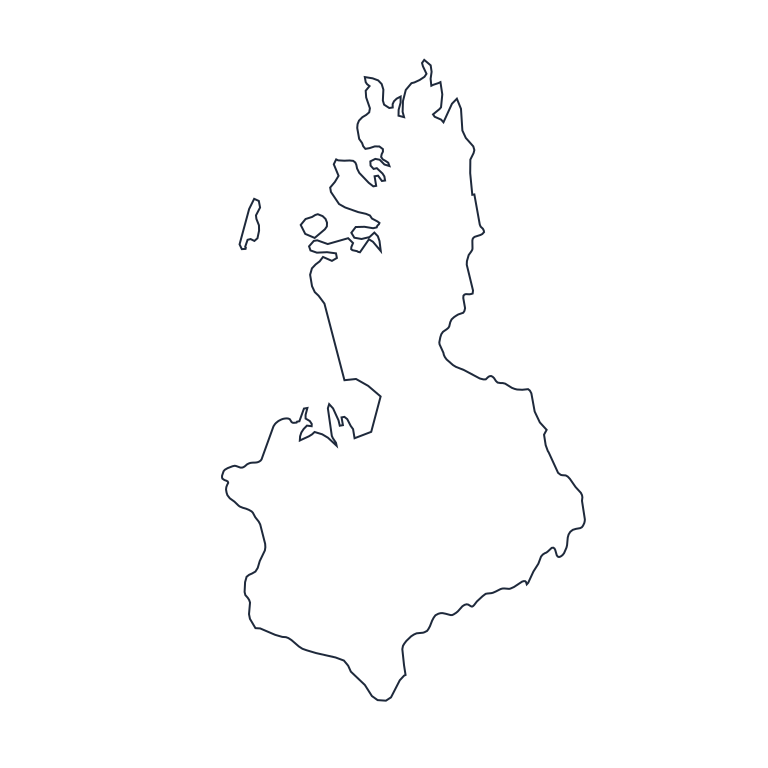 map outline of Galway (Albers equal-area conic projection), rotated 80°
{"feature_id": "IRL-713", "entity_name": "Galway", "entity_type": "County", "adm_level": 1, "iso_a3": "IRL", "parent_name": "Ireland", "parent_adm1": "", "projection": "albers", "projection_center": [-9.136, 53.343], "detail": "fine", "context": "isolated", "style": "outline", "palette": "slate", "viewbox_px": 768, "rotation_deg": 80, "n_neighbors": 0, "source": "natural_earth", "source_scale": "10m", "svg_char_len": 6141}
<svg xmlns="http://www.w3.org/2000/svg" viewBox="0 0 768 768"><g transform="rotate(80 384 384)"><path d="M406.0,476.2L406.0,473.8L394.3,467.1L394.3,463.6L400.8,466.6L404.4,467.2L407.6,463.5L410.8,462.1L413.0,462.6L411.6,467.1L414.4,471.0L417.4,473.8L420.9,475.7L425.0,476.7L422.5,467.1L421.1,463.6L419.2,460.7L422.8,453.6L427.2,448.5L436.6,441.4L433.6,441.5L428.4,443.8L426.0,444.4L398.2,443.5L394.3,441.5L399.2,438.4L411.9,435.1L417.4,434.8L417.4,431.6L409.5,431.6L409.5,428.7L412.2,426.3L419.4,424.1L423.1,422.3L432.3,422.4L428.9,404.9L395.7,389.5L383.1,399.9L374.2,410.7L373.4,422.3L294.5,428.7L285.7,433.1L281.5,436.2L275.2,437.9L263.6,437.8L257.6,434.9L254.4,430.6L252.0,426.0L248.3,422.0L253.7,413.9L251.7,408.5L247.0,408.6L244.3,417.2L243.0,427.3L239.7,433.2L235.4,433.9L230.9,428.3L230.9,424.8L236.4,415.1L234.2,394.0L239.8,390.0L243.5,392.4L245.5,392.9L246.7,391.9L248.5,387.5L249.4,386.5L250.1,384.8L238.9,373.7L242.0,370.2L252.5,364.1L242.4,363.6L237.4,364.4L233.2,367.2L236.8,372.8L237.3,380.9L234.8,387.8L229.4,389.9L224.5,384.6L225.8,375.9L228.7,367.7L228.5,364.0L226.9,363.0L225.8,361.3L224.6,360.5L222.8,362.2L219.0,367.1L215.6,368.6L213.3,372.2L210.2,379.6L203.4,391.6L199.0,397.0L185.7,402.9L181.2,402.9L176.5,397.3L171.1,392.6L158.9,395.3L154.5,392.1L155.8,390.3L157.2,384.4L157.9,379.1L158.9,375.6L160.9,373.8L163.3,373.2L167.1,373.1L171.8,371.7L183.2,364.1L187.5,360.2L187.5,357.3L177.8,357.2L177.8,353.7L183.7,350.8L183.8,347.6L179.6,347.6L176.5,348.9L170.2,353.6L170.4,356.9L166.6,359.3L162.4,358.8L160.8,353.5L162.4,349.3L167.9,345.5L170.3,340.8L166.8,341.4L164.6,343.7L162.6,346.2L159.9,347.4L157.3,346.4L155.0,344.7L152.5,344.3L149.3,347.3L148.4,351.8L149.2,357.2L149.2,361.5L146.2,363.2L143.0,363.7L138.3,365.9L127.2,365.9L123.5,364.9L120.3,362.9L117.5,359.0L115.9,354.8L113.9,351.4L110.0,350.0L98.7,351.8L92.0,351.1L88.1,346.5L85.8,348.6L83.6,349.6L78.4,349.6L81.0,342.1L84.0,337.0L88.2,334.2L94.0,333.5L104.6,335.9L108.9,335.4L113.1,330.9L113.2,327.4L109.9,326.9L107.3,325.1L105.2,322.0L103.8,317.7L109.8,318.8L116.6,322.0L122.3,323.1L124.7,317.9L119.2,318.4L108.7,316.2L98.2,311.5L92.5,304.7L92.3,301.7L90.8,296.1L88.5,290.8L85.9,288.3L77.8,290.5L74.5,290.8L71.8,288.1L78.3,282.7L84.8,282.9L91.5,285.1L98.5,285.6L97.9,283.5L97.1,278.1L96.5,276.0L108.9,276.3L121.4,279.8L122.9,281.6L127.0,288.9L129.6,287.7L133.6,281.8L136.6,280.0L119.8,268.4L115.7,262.7L126.4,260.4L148.0,262.8L155.9,260.7L165.5,254.8L169.3,254.4L172.2,255.7L178.0,260.0L191.3,262.5L213.0,264.2L213.0,262.1L243.6,262.0L245.8,261.5L248.2,259.7L250.1,259.1L251.8,259.1L253.4,261.2L254.0,263.2L254.8,269.1L255.5,270.5L256.6,271.5L258.2,272.1L265.8,273.3L267.0,273.7L268.6,275.0L271.7,278.2L277.4,281.0L280.9,281.8L307.4,280.1L310.3,281.0L310.5,282.7L310.5,284.3L309.7,287.7L309.9,289.2L310.8,290.4L313.1,291.0L323.4,291.0L326.0,292.1L327.6,293.6L328.4,298.8L329.2,300.9L330.3,303.4L332.1,306.2L334.6,308.0L338.7,309.8L339.9,310.9L340.9,312.6L342.8,316.8L344.9,318.9L347.7,320.4L352.6,322.3L354.6,322.4L363.5,320.1L365.7,320.0L368.0,319.4L370.7,318.1L377.3,312.8L379.6,310.2L384.1,302.9L395.2,288.7L396.7,285.4L397.1,283.0L395.3,280.3L394.7,278.9L394.7,277.2L395.7,275.8L397.3,274.6L400.4,273.3L402.3,271.9L403.3,269.1L403.7,266.9L404.7,264.6L410.0,258.7L411.5,256.2L412.5,254.0L413.7,248.8L414.1,243.0L415.8,241.5L418.8,240.5L437.3,240.4L448.9,237.2L457.4,231.8L461.7,235.2L472.3,235.4L478.5,234.3L479.9,233.7L501.7,228.0L504.1,225.8L504.7,224.5L505.6,220.9L507.1,219.1L509.7,217.4L518.8,213.2L525.4,209.0L527.9,208.3L530.0,208.3L533.4,209.3L552.2,209.7L553.8,210.1L555.7,210.9L558.1,212.6L559.4,214.0L560.0,215.8L560.0,220.1L560.4,223.4L561.9,226.2L564.2,228.3L567.1,229.7L574.5,231.7L576.8,232.7L581.8,236.0L583.2,237.5L584.0,238.8L584.6,240.2L584.8,241.7L584.1,242.9L582.7,243.6L577.1,244.2L575.6,244.7L574.6,245.7L574.5,247.3L577.3,251.6L578.2,253.3L578.6,255.1L579.5,257.2L581.2,259.3L587.8,263.2L594.6,269.4L604.8,276.5L606.1,278.2L603.7,278.5L602.7,279.2L602.4,280.7L602.6,282.3L606.5,291.3L607.4,294.9L607.5,296.3L606.2,301.2L606.0,303.0L606.2,304.8L607.8,310.1L608.5,313.0L608.6,314.8L608.3,318.4L608.3,320.3L610.1,323.8L614.3,330.3L617.4,333.7L618.2,334.9L618.5,336.0L617.9,337.1L615.9,339.3L615.3,340.9L615.5,343.0L616.5,345.4L620.7,350.7L621.8,352.6L623.0,355.5L623.4,357.1L623.1,358.6L621.0,363.1L619.8,366.1L619.5,368.2L619.7,370.4L620.7,373.5L622.7,375.6L625.4,377.7L630.5,380.8L632.9,382.7L634.6,384.4L635.5,387.3L635.7,388.7L635.2,395.2L635.9,398.0L637.2,401.1L640.9,406.6L643.2,409.1L645.2,410.8L648.3,412.0L664.4,413.1L674.3,413.3L674.7,414.9L678.5,419.9L693.8,431.5L696.2,437.1L694.2,445.2L689.2,450.1L677.1,455.1L661.5,466.6L655.2,468.2L649.4,471.5L644.9,479.2L637.2,497.6L632.8,506.4L630.6,510.3L627.7,513.4L620.1,519.6L617.6,522.3L616.3,524.5L615.4,528.1L612.1,534.8L603.2,548.4L602.1,553.0L592.0,556.8L587.2,556.9L576.0,553.9L573.3,554.3L570.9,555.3L567.8,557.2L564.6,557.4L555.0,555.2L550.0,552.8L548.5,550.0L547.7,546.8L546.4,543.2L543.2,540.3L536.8,537.1L527.2,530.2L524.2,529.2L520.8,528.8L500.8,530.3L497.7,531.3L492.9,533.9L488.0,535.5L486.5,536.5L484.5,538.9L482.8,541.6L481.4,544.5L479.7,547.2L478.6,548.3L473.8,551.8L469.8,555.7L466.4,557.5L463.7,557.9L460.5,557.9L458.2,557.2L456.3,556.1L454.3,554.6L452.9,554.8L451.9,556.0L450.9,557.8L449.1,559.6L447.6,559.7L446.2,559.4L442.0,557.1L440.8,555.6L439.7,552.6L438.7,547.5L438.6,545.1L439.2,543.7L441.4,539.9L441.7,538.4L441.5,536.9L440.9,535.4L439.3,532.7L438.8,531.0L438.5,529.3L438.6,527.4L439.1,523.8L439.1,522.0L438.7,520.3L438.0,518.8L437.0,517.7L406.5,500.2L404.5,498.3L403.6,497.1L402.1,494.4L401.1,491.2L400.8,489.3L400.8,487.5L401.0,485.6L401.5,484.1L402.3,482.9L405.5,481.6L406.3,480.6L406.6,479.5L406.8,476.8L406.0,476.2ZM224.8,496.9L225.7,496.4L226.9,496.9L226.5,500.6L221.4,502.0L188.2,486.4L179.1,479.7L182.0,475.5L188.7,475.4L195.7,480.8L199.2,481.0L206.0,479.6L211.3,480.4L218.5,483.3L220.6,486.8L218.1,490.2L218.3,493.3L224.8,496.9ZM221.4,415.4L228.1,426.9L222.5,435.5L212.9,438.4L207.9,432.6L207.0,425.8L205.6,422.3L205.3,419.7L208.0,415.3L211.3,412.9L215.2,412.1L218.9,412.9L221.4,415.4Z" fill="none" stroke="#1e293b" stroke-width="2"/></g></svg>